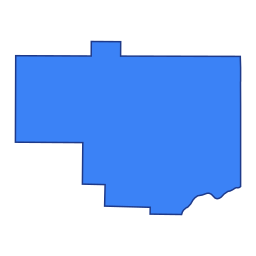 the district of Columbiana, Ohio, United States of America
{"feature_id": "52423323B72409574475457", "entity_name": "Columbiana", "entity_type": "district", "adm_level": 2, "iso_a3": "USA", "parent_name": "United States of America", "parent_adm1": "Ohio", "projection": "natural_earth1", "projection_center": [-80.666, 40.756], "detail": "fine", "context": "isolated", "style": "filled", "palette": "blue", "viewbox_px": 256, "rotation_deg": 0, "n_neighbors": 0, "source": "geoboundaries", "source_scale": "gbopen_adm2", "svg_char_len": 725}
<svg xmlns="http://www.w3.org/2000/svg" viewBox="0 0 256 256"><path d="M104.6,206.1L150.2,207.3L150.1,214.1L181.6,214.5L182.4,211.9L183.7,209.9L186.6,207.5L187.1,207.5L188.0,206.9L190.7,203.9L192.9,200.1L194.9,197.8L197.7,195.8L202.2,195.0L207.0,193.3L209.0,193.2L210.9,194.0L211.7,194.6L215.0,198.0L216.5,198.6L217.7,198.7L219.6,198.1L221.3,197.0L224.1,194.0L227.9,191.4L230.0,191.0L232.5,189.8L235.2,188.1L236.2,187.7L238.0,187.8L239.5,187.4L240.6,186.5L240.6,110.1L240.6,105.7L240.5,81.8L240.6,81.4L240.6,80.7L240.6,67.7L240.3,56.6L240.3,56.4L120.6,56.1L120.7,41.7L91.3,41.5L91.2,56.0L15.7,55.7L15.7,57.1L15.4,142.2L82.8,142.6L82.4,184.1L105.1,184.6L104.6,206.1Z" fill="#3b82f6" stroke="#1e3a8a" stroke-width="1.5"/></svg>